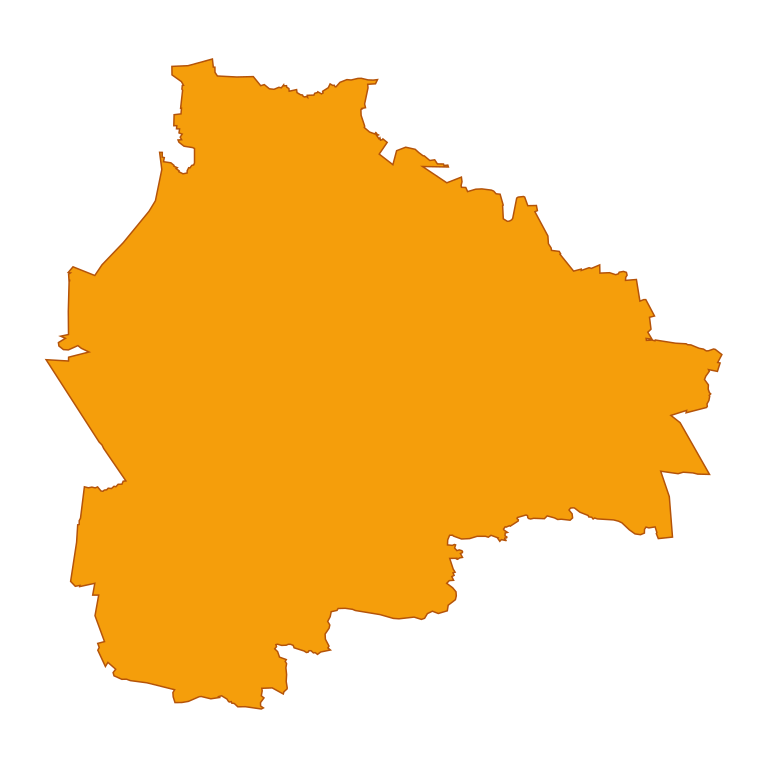 Manuel Doblado, Guanajuato, Mexico (Equal Earth projection), rotated 270°
{"feature_id": "50627088B80639754802347", "entity_name": "Manuel Doblado", "entity_type": "district", "adm_level": 2, "iso_a3": "MEX", "parent_name": "Mexico", "parent_adm1": "Guanajuato", "projection": "equal_earth", "projection_center": [-101.875, 20.693], "detail": "fine", "context": "isolated", "style": "filled", "palette": "amber", "viewbox_px": 768, "rotation_deg": 270, "n_neighbors": 0, "source": "geoboundaries", "source_scale": "gbopen_adm2", "svg_char_len": 6083}
<svg xmlns="http://www.w3.org/2000/svg" viewBox="0 0 768 768"><g transform="rotate(270 384 384)"><path d="M69.2,210.8L70.5,219.5L71.4,218.6L72.2,221.6L69.0,226.9L66.4,228.6L66.0,229.6L66.4,231.2L64.9,231.7L64.5,234.3L61.2,237.8L61.3,245.4L59.0,261.3L60.1,263.4L62.0,260.6L65.4,260.5L70.1,264.0L72.2,261.3L77.2,262.2L79.7,261.8L80.1,272.2L74.0,283.3L76.2,283.9L79.1,287.1L80.3,287.2L86.5,286.2L93.4,286.6L100.3,285.9L104.3,286.6L106.6,285.2L108.4,286.3L110.9,279.5L116.4,277.6L119.2,274.7L121.3,276.5L123.4,275.9L123.8,277.5L122.6,281.6L122.8,286.3L123.7,288.2L123.7,290.6L122.6,293.2L120.2,294.1L117.0,304.1L115.5,306.4L115.8,308.1L117.3,309.0L117.3,311.0L115.1,313.4L115.4,315.2L113.6,317.5L116.0,320.7L118.0,330.4L120.1,327.9L121.9,329.0L128.8,325.4L133.9,325.1L139.8,329.1L143.0,329.8L146.6,327.7L151.3,330.2L156.3,331.2L157.6,337.0L159.5,338.1L159.7,345.2L158.7,352.5L157.5,355.3L153.4,380.1L149.6,393.3L149.2,399.0L150.9,414.1L148.6,421.4L149.7,424.6L154.4,427.4L156.8,432.4L154.5,438.3L157.2,447.3L162.8,448.2L168.3,455.4L172.2,456.3L176.2,456.0L180.2,452.7L184.7,446.7L187.4,449.3L187.7,453.6L191.4,451.8L192.6,454.1L195.2,453.0L195.8,455.1L198.9,453.2L209.6,449.7L209.7,456.8L209.0,456.6L208.7,457.6L210.1,459.6L210.6,462.5L214.5,460.4L215.4,462.4L216.5,462.5L217.3,461.9L218.1,459.3L217.4,456.9L220.0,454.6L223.1,455.6L223.5,454.4L222.6,452.4L223.1,447.5L228.1,447.7L232.7,449.6L232.8,452.7L232.0,453.3L229.0,461.5L229.4,469.6L231.7,477.1L231.7,485.5L230.8,488.3L232.7,491.0L230.1,498.1L229.7,497.7L226.7,499.8L228.4,501.4L227.3,506.5L228.9,504.6L229.9,504.8L230.2,506.6L230.9,506.9L232.3,505.0L235.0,505.2L235.6,507.5L237.7,504.3L238.9,503.5L241.2,505.2L240.9,506.2L242.3,509.4L241.8,510.2L247.0,518.2L248.2,518.4L249.4,517.0L250.5,517.4L253.0,526.0L252.4,527.5L250.3,527.8L249.4,528.8L249.0,530.6L249.7,533.7L249.3,544.4L252.1,547.2L250.1,554.5L248.5,557.7L248.8,561.2L247.8,570.1L250.1,572.6L254.2,572.1L258.0,569.0L259.9,570.5L260.2,573.1L260.0,574.5L255.8,579.9L252.5,588.2L251.1,588.7L250.8,591.7L249.0,593.1L250.0,594.7L249.1,597.3L248.1,613.5L246.8,618.5L245.2,621.9L238.2,629.3L234.1,635.0L233.3,640.5L234.9,644.4L238.6,644.5L240.9,646.0L240.1,648.9L241.1,655.1L235.4,656.9L234.4,656.3L229.4,658.3L230.9,672.5L271.4,669.3L296.8,660.7L294.3,678.1L295.8,683.2L295.1,692.9L293.9,697.7L293.6,709.5L345.3,680.1L352.6,670.9L357.6,686.6L355.2,686.1L360.5,706.5L361.6,707.3L364.1,707.0L367.5,708.9L371.7,709.7L372.7,709.2L374.1,710.7L375.4,709.4L378.9,708.2L383.1,708.4L388.5,704.5L391.8,705.8L396.7,709.3L398.4,708.5L396.6,717.4L405.0,720.1L405.5,717.7L413.4,721.9L418.6,715.3L419.0,713.6L417.2,708.4L417.1,706.3L418.9,703.5L419.7,699.2L423.1,690.9L423.3,687.6L424.2,686.2L424.8,675.6L428.0,655.3L427.2,655.0L427.9,651.9L427.6,646.4L429.6,646.1L428.9,651.9L435.8,647.8L438.8,651.0L450.7,649.5L452.0,654.5L468.4,645.8L468.4,643.8L466.9,639.9L488.5,636.4L487.6,625.5L490.6,625.7L492.8,627.1L495.6,626.4L496.6,623.5L495.8,619.2L494.2,618.4L493.3,615.7L495.3,609.6L494.9,599.9L503.1,599.7L499.6,591.4L500.3,589.1L497.5,581.2L498.9,581.2L496.9,573.6L513.7,560.0L514.2,560.6L516.6,559.2L517.6,551.5L520.1,551.1L524.3,548.4L532.0,547.9L556.3,534.9L557.4,537.4L562.5,536.4L562.3,527.8L570.9,524.7L571.5,523.5L570.9,518.1L569.9,516.7L549.6,512.7L548.1,511.6L546.8,509.2L546.7,507.3L549.2,503.3L562.3,502.6L562.9,503.2L573.8,500.1L574.2,496.1L576.9,493.7L577.9,491.4L579.1,481.9L578.8,475.7L576.4,467.6L580.5,465.8L580.7,461.5L582.4,461.1L586.3,462.0L590.9,461.4L585.2,446.8L601.5,422.5L601.0,448.4L602.9,447.8L602.5,444.0L604.0,443.5L604.1,437.4L608.2,434.7L607.5,429.8L612.1,424.3L612.2,423.1L615.4,418.8L618.7,415.2L620.8,405.7L617.3,396.6L603.3,392.9L613.9,379.2L625.6,387.2L629.1,382.9L628.4,382.4L627.8,380.5L630.2,379.9L629.2,379.0L633.0,376.3L633.0,379.3L633.4,376.5L634.4,376.8L635.4,375.8L634.1,374.7L636.0,369.5L640.5,364.3L641.8,364.7L652.7,361.1L658.5,360.9L659.1,362.2L659.6,361.9L660.3,365.5L664.0,364.6L680.1,368.0L683.7,367.7L684.2,375.5L688.4,377.5L687.9,373.3L688.1,368.0L689.7,361.3L689.6,357.9L688.0,351.1L688.4,346.9L685.7,340.0L681.2,336.0L681.2,335.1L682.8,334.2L682.5,332.9L684.1,330.1L680.3,328.3L676.7,322.6L675.1,323.1L674.1,321.5L676.2,317.8L675.5,317.5L674.7,314.7L672.9,313.9L672.7,307.3L670.6,307.6L671.6,306.5L671.0,304.7L671.6,303.2L673.0,302.5L673.3,300.5L675.4,297.0L678.4,296.6L676.8,289.2L679.5,288.9L680.7,286.8L682.3,286.5L682.2,283.9L683.2,283.7L680.2,281.3L680.7,278.9L678.7,274.0L679.2,269.4L683.4,264.3L682.3,260.7L691.4,253.3L691.0,236.8L692.0,217.4L695.7,215.0L700.8,214.9L700.9,213.3L709.0,212.4L702.3,188.0L701.6,171.9L693.1,172.0L686.4,181.4L682.7,183.5L682.5,182.3L678.9,181.9L677.8,182.6L659.7,180.6L659.8,181.5L654.1,181.0L653.3,174.1L642.3,173.8L642.3,176.8L639.2,176.5L639.1,179.6L635.1,179.0L633.9,182.2L630.9,180.2L628.3,181.6L628.0,178.0L625.7,179.0L621.8,184.0L620.4,192.7L619.5,194.5L605.1,194.5L603.1,193.7L602.6,191.8L600.1,189.9L600.3,188.7L597.3,187.2L595.0,187.1L594.2,183.0L596.3,178.8L597.2,179.1L599.4,176.1L600.3,177.3L601.7,174.0L602.6,174.0L605.2,170.9L606.3,163.5L610.4,164.3L610.9,162.2L615.6,162.3L615.7,159.6L598.5,161.8L567.2,155.4L556.7,149.0L525.4,123.3L503.2,102.0L492.5,94.8L501.2,73.0L495.5,68.2L495.1,70.4L493.9,68.6L487.3,69.0L487.7,69.6L487.1,69.7L486.4,69.1L456.6,68.3L433.5,68.5L431.8,60.6L429.7,65.4L425.4,58.4L422.0,58.9L418.4,63.4L418.1,68.4L422.4,77.9L419.7,81.3L416.0,89.0L410.8,68.6L407.0,68.5L408.3,46.1L326.0,99.1L323.0,102.0L319.5,103.7L287.1,125.9L286.8,123.2L283.8,121.9L283.7,118.1L281.3,115.9L281.7,114.0L279.5,111.5L279.8,108.2L278.2,106.7L277.9,104.3L276.7,102.9L277.0,101.0L281.1,97.6L280.1,95.2L280.9,91.9L280.2,88.4L281.2,84.4L249.8,80.5L247.3,79.2L243.5,79.2L243.2,77.7L225.7,76.6L186.6,70.6L181.7,75.3L182.6,79.9L181.4,79.7L184.7,94.8L172.9,92.7L172.9,98.7L152.3,95.0L126.4,104.5L124.6,97.7L120.6,99.2L117.8,97.8L101.5,105.4L105.6,107.9L98.8,115.7L95.4,113.1L92.2,114.0L88.7,121.8L88.8,126.5L87.4,130.3L85.2,146.9L78.3,174.6L75.4,172.9L71.1,173.2L65.4,175.0L65.5,181.9L66.6,188.4L71.3,199.2L71.5,201.3L69.2,210.8Z" fill="#f59e0b" stroke="#b45309" stroke-width="1.5"/></g></svg>